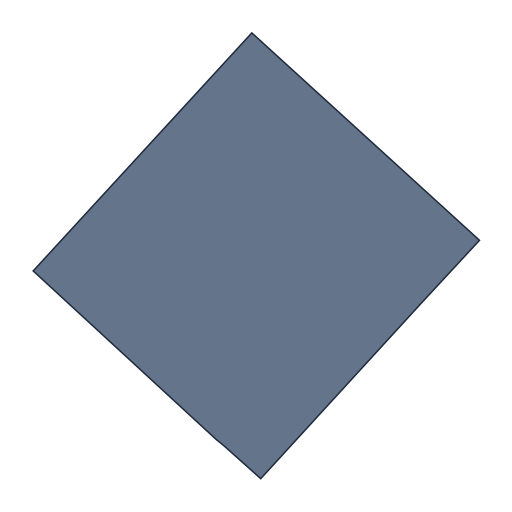 the district of Nolan, Texas, United States of America, rotated 42°
{"feature_id": "52423323B36812497972126", "entity_name": "Nolan", "entity_type": "district", "adm_level": 2, "iso_a3": "USA", "parent_name": "United States of America", "parent_adm1": "Texas", "projection": "natural_earth1", "projection_center": [-100.301, 32.303], "detail": "fine", "context": "isolated", "style": "filled", "palette": "slate", "viewbox_px": 512, "rotation_deg": 42, "n_neighbors": 0, "source": "geoboundaries", "source_scale": "gbopen_adm2", "svg_char_len": 263}
<svg xmlns="http://www.w3.org/2000/svg" viewBox="0 0 512 512"><g transform="rotate(42 256 256)"><path d="M411.6,94.8L103.6,93.0L100.4,416.2L349.4,419.0L358.6,418.5L408.5,418.3L410.4,181.4L411.6,94.8Z" fill="#64748b" stroke="#1e293b" stroke-width="1.5"/></g></svg>